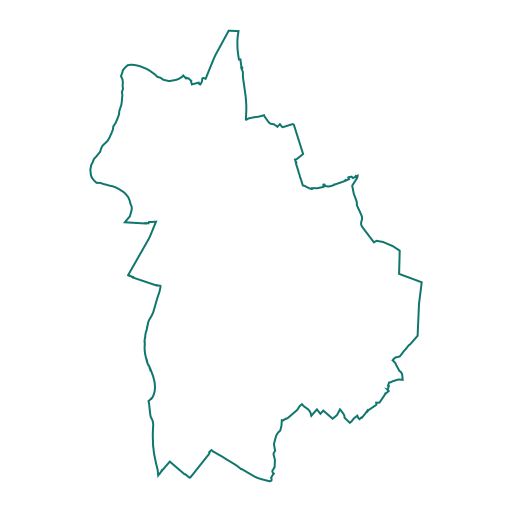 Sittard-Geleen, Limburg, Netherlands (Mercator projection)
{"feature_id": "6326949B26439699205725", "entity_name": "Sittard-Geleen", "entity_type": "district", "adm_level": 2, "iso_a3": "NLD", "parent_name": "Netherlands", "parent_adm1": "Limburg", "projection": "mercator", "projection_center": [5.837, 51.01], "detail": "fine", "context": "isolated", "style": "outline", "palette": "teal", "viewbox_px": 512, "rotation_deg": 0, "n_neighbors": 0, "source": "geoboundaries", "source_scale": "gbopen_adm2", "svg_char_len": 5983}
<svg xmlns="http://www.w3.org/2000/svg" viewBox="0 0 512 512"><path d="M274.3,467.8L274.6,466.9L274.7,465.7L274.9,459.9L274.8,459.3L273.6,454.6L273.5,454.1L273.6,453.5L273.9,452.8L274.6,451.6L274.8,451.1L275.1,450.7L274.3,446.3L274.0,444.5L274.0,443.8L275.2,439.2L276.2,435.7L276.5,435.1L278.1,432.5L279.7,431.1L280.2,430.5L280.4,430.1L281.5,425.6L281.8,420.2L283.4,420.4L283.9,419.8L285.0,419.2L285.0,419.3L287.6,418.1L290.2,416.0L293.6,413.0L296.4,410.7L297.5,409.5L299.7,406.1L301.9,404.2L304.1,406.5L307.1,408.6L308.4,409.6L309.1,410.4L310.1,411.9L310.6,413.1L311.3,415.8L316.9,409.4L320.4,413.8L323.3,410.6L332.6,418.7L336.4,415.6L337.1,414.9L340.0,409.4L341.2,410.8L343.4,413.8L344.2,415.3L344.4,415.9L344.5,417.3L344.6,417.8L349.8,422.8L351.5,421.4L354.1,418.2L357.3,415.7L358.0,417.4L358.4,418.1L359.5,419.2L361.3,417.5L361.8,417.8L364.7,414.3L367.7,410.2L367.9,410.4L368.1,410.3L368.1,410.6L368.5,410.1L376.0,405.1L376.3,404.7L376.4,404.2L376.4,403.6L376.2,402.7L379.4,402.7L384.5,395.2L385.4,393.4L385.8,393.5L388.7,391.0L387.4,389.6L387.7,389.7L388.8,386.1L388.0,385.8L389.1,382.5L390.4,382.4L392.8,381.2L397.0,379.9L398.8,379.5L402.7,379.8L402.1,374.0L400.7,371.8L399.5,371.1L396.3,365.2L395.3,363.0L392.7,360.3L393.3,359.9L393.3,359.3L395.4,357.5L399.7,356.5L401.5,354.3L404.1,350.8L405.3,349.6L408.2,346.0L408.8,345.2L410.0,344.5L417.6,335.8L419.0,303.9L421.7,282.3L399.1,273.9L399.7,250.7L392.9,246.2L383.1,242.0L376.6,240.8L373.9,242.3L364.0,229.3L361.9,226.4L361.5,225.4L361.2,224.7L361.1,224.1L361.1,223.3L361.3,221.8L361.9,219.8L362.1,218.9L362.1,217.9L361.9,216.7L361.2,214.7L356.9,205.3L356.8,204.2L356.9,202.7L356.7,201.8L354.9,196.6L353.9,194.3L352.2,185.8L352.4,185.3L357.1,178.0L357.4,177.1L357.6,175.7L356.4,176.2L356.2,176.1L356.2,176.3L355.8,176.4L355.9,176.8L352.7,178.0L351.6,176.7L349.3,177.0L348.3,177.4L349.0,179.2L345.8,180.5L345.4,180.1L345.2,180.4L345.5,180.7L343.9,181.4L335.2,184.4L334.4,184.4L334.2,184.9L331.4,185.9L329.5,186.4L328.1,186.5L325.1,186.0L324.9,185.9L324.7,185.0L324.5,184.6L323.9,184.5L323.4,184.6L323.5,186.9L317.6,188.2L312.0,188.2L312.0,188.9L311.8,188.9L311.6,188.7L311.4,188.9L310.4,188.7L308.5,187.8L307.7,187.6L304.9,186.0L303.9,185.7L303.2,185.6L303.0,185.4L302.8,185.4L300.6,178.3L300.1,177.4L299.9,176.8L299.7,175.4L299.4,174.4L298.8,173.0L298.6,172.4L298.4,171.2L296.2,164.3L296.0,163.1L295.8,162.4L296.2,162.3L295.4,160.8L295.0,159.6L296.9,159.0L303.1,154.0L297.0,134.7L293.9,124.9L293.7,124.6L293.1,124.2L292.3,124.2L282.7,127.2L282.0,126.8L279.9,124.2L278.8,125.4L278.3,125.7L277.4,126.8L276.8,126.2L273.9,124.3L273.4,124.2L271.2,123.9L270.4,123.6L269.5,123.1L268.2,121.6L263.9,115.5L263.9,115.3L258.6,116.7L253.8,117.3L249.1,118.3L248.4,118.5L246.1,119.9L245.9,120.4L245.9,118.8L246.1,114.7L246.3,111.0L246.3,105.6L246.1,102.0L245.6,96.0L243.0,77.7L242.9,75.8L242.9,72.6L242.7,71.3L241.7,69.2L241.4,68.3L241.8,68.3L241.8,67.9L242.0,67.9L242.0,68.0L242.3,67.9L242.2,67.4L241.9,67.3L241.4,67.4L241.3,66.3L240.4,59.4L238.9,59.5L238.0,53.4L237.5,48.5L237.4,43.6L237.4,40.4L237.8,35.6L238.5,31.1L228.7,30.7L218.7,49.1L216.2,53.6L215.0,56.0L213.6,59.1L205.6,78.8L203.6,78.0L202.6,78.2L202.3,78.6L202.1,80.9L201.2,83.1L200.2,84.5L199.2,84.0L198.7,82.6L191.9,84.4L191.0,81.5L191.3,80.9L188.7,78.6L187.9,78.4L188.0,78.3L186.1,77.7L186.3,78.1L186.0,78.4L183.2,75.5L181.9,77.0L178.9,78.8L176.0,79.9L169.3,81.1L166.3,80.5L163.2,79.7L160.4,77.7L157.4,76.9L155.0,74.5L149.6,70.6L147.0,69.1L140.8,66.5L137.6,65.6L134.5,65.0L131.3,64.7L127.7,65.2L125.3,67.4L123.0,70.0L122.2,72.9L121.0,76.2L122.5,79.4L122.9,82.7L122.6,85.9L123.0,89.0L121.9,92.0L122.4,95.2L122.0,98.6L121.8,101.8L121.3,105.0L119.3,111.0L119.0,114.4L117.9,117.5L116.7,120.5L115.3,123.5L113.4,126.2L112.9,129.5L111.8,132.4L109.2,138.2L107.4,141.1L102.6,145.6L101.1,148.5L100.2,151.7L96.2,156.6L94.0,158.9L92.8,162.0L91.2,165.1L90.3,169.9L91.0,175.6L92.3,178.3L94.2,180.7L96.7,182.9L100.3,182.9L103.4,184.0L106.3,184.7L109.3,185.6L112.7,186.3L115.5,187.3L118.6,188.9L123.7,192.1L126.2,194.6L128.3,197.3L129.6,200.4L130.4,203.6L131.7,206.9L131.7,209.9L130.8,213.0L129.9,216.3L125.7,221.2L124.9,222.3L145.7,223.5L145.6,223.1L148.5,223.3L148.6,222.9L148.8,222.1L156.0,221.7L151.3,233.2L150.1,236.1L148.7,239.0L128.1,275.2L129.4,275.9L129.7,275.5L131.3,276.5L132.5,276.8L132.2,277.1L132.7,277.5L156.6,285.5L156.7,285.1L158.0,285.5L160.4,285.8L160.5,287.1L159.5,291.6L157.2,298.5L153.5,311.3L153.0,312.8L151.6,315.8L149.1,320.0L148.5,321.5L148.2,322.3L147.7,324.8L147.2,326.7L147.3,326.7L146.4,331.0L146.0,331.5L145.4,334.6L145.1,337.9L144.9,338.0L144.7,339.5L144.5,342.1L144.8,342.3L144.7,344.9L144.8,345.0L144.6,345.8L144.6,347.3L144.7,350.6L145.1,353.9L145.8,357.1L146.5,359.8L146.6,359.5L146.9,360.4L146.8,360.6L147.1,361.6L147.3,362.0L147.2,362.5L148.4,365.3L148.8,365.4L149.4,366.8L149.6,367.3L149.5,367.5L150.1,369.3L150.3,368.9L151.0,370.6L150.9,370.8L151.1,370.9L152.7,375.1L153.3,376.9L154.2,380.6L154.5,381.8L154.8,384.4L155.0,386.9L154.7,391.0L154.4,392.2L153.7,394.7L152.6,397.1L151.5,398.7L151.2,398.5L149.6,400.2L148.5,401.1L149.0,403.1L150.1,413.2L150.3,414.7L150.7,416.7L151.3,418.1L152.2,419.7L152.6,420.8L152.9,422.0L153.1,423.4L153.2,424.8L152.8,433.0L152.8,437.7L152.9,439.3L153.1,445.9L153.7,450.2L153.7,451.1L154.1,453.7L154.3,454.9L156.0,463.2L157.4,468.8L157.7,470.4L158.2,475.4L158.7,474.7L159.4,474.1L161.4,471.3L161.4,471.1L161.5,470.9L161.6,471.1L169.8,461.6L184.6,474.3L185.3,474.2L189.4,477.6L189.8,477.7L190.7,477.0L191.2,476.5L191.3,476.1L191.5,475.9L192.2,475.2L207.9,455.4L207.9,455.5L208.5,454.8L209.1,453.9L209.6,452.4L209.3,452.1L211.4,450.1L213.8,452.0L214.3,452.1L218.9,454.8L222.2,456.6L225.4,458.7L235.0,464.5L237.6,466.3L241.1,469.1L241.6,469.2L241.8,469.1L254.2,476.4L257.4,477.9L260.8,479.0L269.6,481.3L271.4,480.6L271.6,479.2L271.5,478.6L271.1,477.8L272.8,474.8L273.8,473.6L272.9,472.8L272.6,472.2L272.4,471.7L272.4,470.9L272.6,470.3L273.2,469.5L274.1,467.8L274.3,467.8Z" fill="none" stroke="#0f766e" stroke-width="2"/></svg>